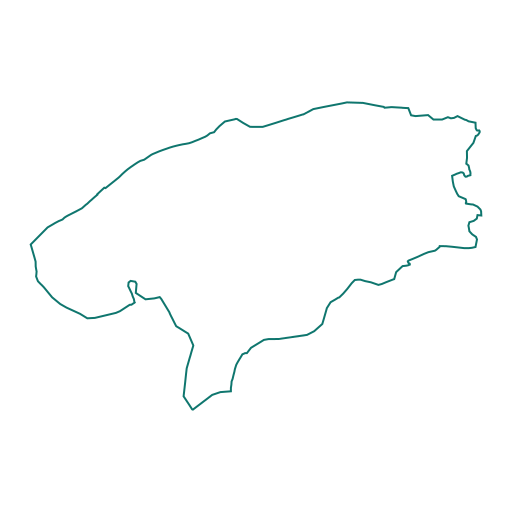 the district of Al Marawi'ah, Al Hudaydah, Yemen
{"feature_id": "15242507B52368246204480", "entity_name": "Al Marawi'ah", "entity_type": "district", "adm_level": 2, "iso_a3": "YEM", "parent_name": "Yemen", "parent_adm1": "Al Hudaydah", "projection": "albers", "projection_center": [43.217, 14.842], "detail": "fine", "context": "isolated", "style": "outline", "palette": "teal", "viewbox_px": 512, "rotation_deg": 0, "n_neighbors": 0, "source": "geoboundaries", "source_scale": "gbopen_adm2", "svg_char_len": 4423}
<svg xmlns="http://www.w3.org/2000/svg" viewBox="0 0 512 512"><path d="M30.7,244.5L31.3,246.5L34.5,257.6L35.6,261.6L35.7,266.5L36.1,268.9L36.2,269.4L36.3,270.0L36.6,271.5L36.5,272.5L36.4,273.9L36.4,274.0L36.1,276.4L36.2,276.7L37.8,280.9L38.0,281.3L40.9,284.3L41.5,284.8L43.8,287.2L52.1,297.3L60.2,304.0L66.5,307.6L80.0,313.8L87.3,318.3L94.9,317.9L115.9,312.9L119.9,311.2L121.3,310.3L124.8,308.0L129.7,304.8L131.4,304.7L131.5,304.7L132.6,303.9L134.2,302.9L134.7,302.5L134.4,302.0L133.9,299.1L132.7,296.4L132.0,294.1L131.9,293.7L130.6,291.1L129.1,287.9L128.2,286.1L128.6,282.5L130.6,280.9L135.3,281.7L136.6,284.0L136.5,284.8L135.8,292.9L136.2,293.2L144.9,298.9L145.2,299.1L145.5,299.3L154.3,298.4L159.7,297.1L159.8,297.2L161.3,299.0L169.5,312.5L169.7,313.3L169.9,313.7L171.1,316.2L172.4,318.7L174.7,323.3L176.2,326.2L177.5,327.0L179.2,328.0L181.1,329.2L183.2,330.5L184.6,331.4L188.2,333.6L193.0,344.7L193.3,345.5L193.1,346.3L192.5,348.3L191.2,352.7L190.4,355.6L189.6,358.2L186.7,368.3L186.3,371.8L186.1,373.5L185.2,382.1L183.6,396.3L187.5,402.2L189.7,405.5L189.8,405.7L190.9,407.4L192.1,409.3L192.9,409.6L212.2,394.9L220.4,392.1L230.9,391.3L230.9,391.0L230.9,387.9L231.4,384.5L231.6,381.4L232.6,378.9L233.5,375.1L234.4,371.7L234.9,369.1L236.3,364.7L237.6,362.3L239.5,359.1L240.2,358.0L241.4,356.0L242.4,354.3L244.1,353.6L245.1,353.1L246.9,353.1L251.0,347.8L259.7,342.5L263.9,339.9L268.4,339.1L278.7,339.0L307.0,334.9L314.2,331.2L322.3,324.0L323.6,319.6L326.6,309.1L326.8,308.2L329.9,303.3L330.6,302.2L335.3,299.5L337.4,298.2L338.0,297.8L339.3,297.4L343.2,293.6L347.2,289.0L351.7,283.2L354.8,280.0L357.7,279.7L360.6,279.7L365.1,281.1L370.9,282.3L378.4,284.9L380.7,284.3L381.8,284.0L386.1,282.2L392.5,279.7L393.0,279.5L394.2,279.1L396.1,272.3L396.2,272.1L396.7,271.6L401.6,267.0L402.6,266.1L406.2,265.7L408.1,265.3L409.8,264.6L409.7,263.7L409.4,263.4L408.8,263.3L408.3,262.7L407.8,261.3L408.5,260.6L412.5,259.0L417.5,256.9L424.0,253.9L428.0,252.3L428.6,252.1L434.9,250.7L436.4,249.7L437.5,248.7L439.5,247.0L439.7,246.1L446.0,246.2L452.4,246.8L463.9,248.1L469.1,248.1L471.9,247.8L475.5,247.0L477.0,239.4L476.9,239.2L476.6,238.5L476.0,236.9L472.3,234.4L471.6,233.7L469.4,231.3L469.4,231.2L468.8,227.6L468.4,225.6L468.9,224.0L469.0,223.6L469.4,222.2L473.7,220.9L476.8,218.6L477.5,215.1L481.3,215.5L481.1,211.3L480.4,209.5L479.0,208.1L477.5,206.6L473.0,204.5L471.3,204.4L469.3,204.1L466.7,203.7L466.2,203.6L465.9,203.5L465.8,203.1L465.9,202.7L466.2,202.3L466.2,201.6L465.9,200.2L465.8,199.4L465.3,199.0L458.7,196.2L458.1,195.2L457.3,194.0L457.0,193.4L455.8,190.9L453.8,186.4L453.3,184.0L452.8,181.4L452.1,175.8L455.4,174.4L456.6,173.8L458.7,173.1L460.8,172.3L462.6,172.5L463.7,173.4L464.3,175.4L465.5,176.7L466.8,176.6L467.8,175.9L470.4,175.2L470.4,174.2L470.5,173.2L470.2,171.5L469.2,169.1L469.2,168.6L469.2,168.3L468.5,165.5L466.5,163.8L466.3,163.7L467.0,158.0L467.0,156.4L466.9,151.4L466.9,151.1L471.4,145.4L473.4,142.9L475.8,136.0L477.2,135.5L478.2,134.6L479.6,132.4L479.7,131.2L479.1,130.4L478.4,130.5L477.1,130.5L476.4,129.7L475.7,128.1L475.5,122.7L470.0,121.6L468.5,121.3L466.6,120.2L466.2,120.0L464.8,119.7L457.5,116.1L454.0,117.9L450.9,118.3L447.9,117.2L442.2,119.5L433.4,119.5L428.1,115.1L420.5,115.7L415.5,116.1L411.1,115.3L408.3,108.1L405.7,108.0L402.3,107.8L401.8,107.7L391.5,107.1L387.2,107.5L384.5,107.7L383.8,106.9L375.1,105.3L362.9,102.9L346.9,102.4L341.7,103.5L324.6,106.8L318.2,108.1L313.3,109.1L303.4,114.4L302.6,114.5L299.1,115.6L293.2,117.4L288.1,118.9L286.1,119.6L284.0,120.2L275.9,122.8L273.0,123.7L268.5,125.1L262.6,126.9L256.7,126.9L252.7,126.9L250.8,126.8L250.3,126.8L250.0,126.8L243.1,122.9L237.0,119.0L235.8,118.9L234.7,119.3L224.9,121.5L219.5,126.1L216.2,129.5L214.1,132.2L210.0,133.3L207.3,135.5L205.3,136.7L201.8,138.2L198.4,139.7L195.5,140.8L195.0,141.0L192.1,142.2L189.1,143.2L186.0,143.8L182.8,144.3L179.5,145.0L176.5,145.7L173.0,146.6L169.7,147.6L166.3,148.8L163.1,149.9L159.3,151.3L155.5,152.9L152.6,154.1L151.1,154.9L144.2,159.7L140.3,160.9L138.0,162.2L137.5,162.5L134.3,164.6L132.6,165.8L131.1,166.8L127.7,169.3L125.3,171.3L122.3,174.0L119.7,176.6L118.5,177.7L105.5,188.1L104.3,187.7L97.6,193.9L97.2,194.3L97.4,194.7L94.8,196.9L92.3,199.1L91.8,199.6L90.0,201.1L87.3,203.7L85.8,204.8L81.9,208.3L77.2,210.8L67.6,215.7L67.1,216.0L66.5,216.3L65.6,216.9L64.5,217.6L62.5,219.5L59.7,220.7L58.9,221.0L55.1,223.0L53.1,224.2L47.6,227.4L30.7,244.5Z" fill="none" stroke="#0f766e" stroke-width="2"/></svg>